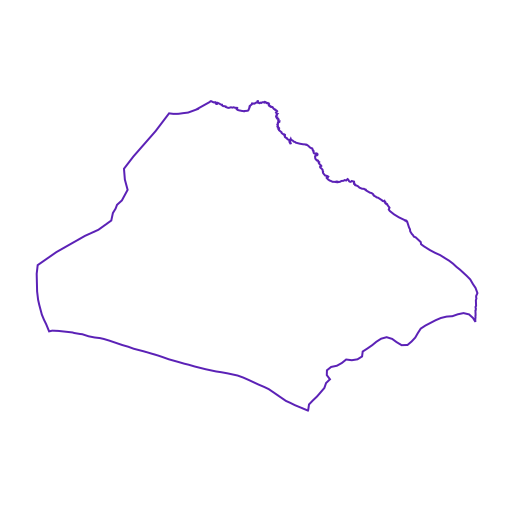 the district of Brum Mayf'ah, Hadramawt, Yemen, rotated 268°
{"feature_id": "15242507B1280575170074", "entity_name": "Brum Mayf'ah", "entity_type": "district", "adm_level": 2, "iso_a3": "YEM", "parent_name": "Yemen", "parent_adm1": "Hadramawt", "projection": "natural_earth1", "projection_center": [48.863, 14.347], "detail": "fine", "context": "isolated", "style": "outline", "palette": "violet", "viewbox_px": 512, "rotation_deg": 268, "n_neighbors": 0, "source": "geoboundaries", "source_scale": "gbopen_adm2", "svg_char_len": 6107}
<svg xmlns="http://www.w3.org/2000/svg" viewBox="0 0 512 512"><g transform="rotate(268 256 256)"><path d="M99.7,302.5L100.3,302.8L105.8,303.8L109.6,307.7L113.5,312.1L121.7,319.7L126.6,321.6L130.2,325.6L134.5,322.6L139.3,322.9L142.5,327.2L143.5,333.0L146.1,338.1L149.4,342.5L148.5,348.1L149.2,353.8L151.9,358.5L156.8,359.3L159.6,364.0L162.8,369.0L166.1,373.3L169.0,378.2L170.3,383.7L168.4,389.2L165.0,393.5L161.8,398.4L161.8,404.3L165.1,408.5L168.9,412.3L173.4,415.1L177.7,418.1L180.6,422.9L185.6,433.4L187.6,438.6L188.8,444.4L189.0,450.2L190.7,455.6L191.7,461.4L190.2,466.9L186.5,470.7L182.5,473.0L183.8,472.9L185.7,473.0L186.6,473.2L188.6,473.2L189.1,473.4L193.9,473.4L194.2,473.7L195.8,473.9L196.3,473.7L197.4,473.6L198.5,474.2L204.1,474.2L205.9,474.8L206.7,474.6L208.3,474.6L211.2,476.0L216.4,474.3L220.4,471.8L225.1,469.3L229.0,465.7L235.3,459.3L238.1,456.0L241.5,452.6L244.6,448.8L246.9,445.3L250.5,440.0L252.9,435.1L255.9,429.9L259.7,424.3L262.0,421.4L264.2,421.1L269.1,416.2L269.8,414.5L271.5,413.5L272.6,412.5L275.2,411.0L277.3,410.8L279.3,409.9L285.3,408.2L285.4,407.5L285.7,407.3L286.1,407.3L286.4,407.0L286.1,406.4L286.4,405.9L286.7,405.8L289.7,400.1L292.8,395.4L296.3,391.3L297.8,390.3L299.6,391.1L303.0,388.7L303.2,388.9L303.5,388.7L303.6,387.7L304.5,386.9L305.0,386.8L305.3,387.2L305.6,387.0L306.0,386.5L306.6,386.3L306.2,385.7L306.6,384.4L307.0,384.3L310.0,380.0L310.4,378.5L311.2,377.7L312.0,376.1L312.5,376.0L313.0,375.3L313.7,375.2L314.2,374.5L314.6,374.1L314.9,373.6L315.3,372.1L317.7,368.3L318.1,367.9L318.5,368.0L318.8,367.3L318.8,366.9L319.4,366.2L319.5,364.4L320.7,361.8L322.1,360.4L322.6,359.6L323.3,357.6L324.0,357.7L324.3,357.4L324.6,356.5L325.9,356.4L326.2,356.7L326.9,356.6L327.6,354.3L327.2,353.9L326.8,353.1L327.0,352.3L327.4,351.7L329.2,350.8L329.7,350.2L328.3,348.7L328.8,347.4L328.1,346.0L328.0,344.0L327.2,342.5L326.9,340.2L327.5,340.1L327.6,339.2L327.6,338.7L327.4,338.5L327.1,338.4L327.3,337.7L327.5,335.1L328.5,333.2L328.8,332.3L330.0,330.7L331.6,329.3L332.2,329.5L332.9,329.9L332.5,330.8L332.8,331.0L333.3,330.3L333.7,329.3L334.0,327.9L334.9,327.2L335.6,326.6L336.9,325.8L338.1,326.0L338.6,325.6L339.7,325.6L340.1,325.4L341.0,324.6L342.0,323.5L342.8,323.1L343.1,323.3L343.3,323.9L343.7,324.4L344.7,323.7L345.4,322.9L346.2,322.3L347.0,321.9L347.6,322.4L348.0,321.8L349.1,321.4L349.1,320.5L349.4,320.2L349.9,320.1L350.3,319.2L351.6,318.6L353.5,318.5L353.8,318.8L354.2,318.9L354.6,319.6L354.4,320.2L354.6,320.6L355.0,321.0L355.3,320.8L355.9,320.9L356.4,320.3L356.5,319.8L356.3,318.1L356.6,317.6L357.2,317.2L358.2,317.1L358.7,316.9L359.0,316.8L359.1,317.1L359.5,316.9L359.6,316.5L360.0,316.3L360.8,316.2L361.5,316.0L361.8,315.5L361.8,315.0L362.7,313.6L364.2,312.2L365.5,310.5L365.3,310.2L365.5,309.5L365.8,309.1L366.0,307.0L366.7,303.7L367.9,299.7L368.5,299.1L369.0,297.7L369.8,297.0L370.7,295.6L370.9,295.1L371.8,294.8L370.6,294.2L370.0,294.1L368.7,294.2L367.4,294.6L367.3,294.2L368.2,293.7L368.9,293.4L370.1,293.4L370.8,293.5L371.1,292.5L371.7,291.4L372.8,290.9L373.1,290.0L373.9,289.1L374.5,289.2L375.0,288.8L375.2,289.1L376.1,289.2L376.6,288.5L376.5,288.1L376.7,287.6L377.5,286.5L378.1,285.9L378.8,285.8L380.9,283.4L381.3,283.3L381.7,283.4L381.9,282.9L382.5,283.0L382.7,282.9L382.8,283.1L383.3,282.6L383.5,282.9L383.7,282.6L383.7,282.3L383.9,282.3L384.0,282.6L384.8,282.6L385.3,282.4L385.3,282.1L386.2,282.4L386.5,282.0L386.8,281.9L387.3,282.5L387.7,282.6L388.2,282.5L388.6,283.0L388.8,282.9L388.9,283.1L388.9,283.4L389.2,283.7L389.2,284.0L389.6,284.1L389.5,283.5L389.8,283.0L390.6,282.9L391.4,283.4L392.1,283.2L392.3,282.9L392.2,282.6L392.5,282.1L392.8,282.2L393.1,282.2L392.9,281.8L393.0,281.7L393.7,281.3L394.1,281.4L394.2,281.1L394.8,280.9L395.2,281.0L396.2,281.9L396.6,281.8L397.1,282.2L397.1,281.6L397.4,281.4L398.5,281.5L398.8,281.1L400.0,282.2L400.4,281.9L400.9,281.0L401.6,280.6L401.7,280.4L401.5,280.1L402.2,279.4L402.4,278.9L402.7,278.8L403.2,278.3L404.3,277.7L404.5,276.9L404.3,276.4L404.6,275.9L404.9,275.9L405.0,275.4L405.4,275.3L405.6,274.4L406.3,274.1L406.9,274.3L407.0,273.9L407.9,274.1L408.0,273.7L408.6,273.2L408.6,272.8L408.5,272.6L408.4,272.5L408.4,271.9L408.8,271.6L409.0,271.3L409.1,270.9L409.5,270.9L409.6,270.4L409.8,270.1L409.7,269.8L409.1,269.6L409.4,268.6L409.4,267.6L408.8,266.7L408.7,266.4L409.1,265.9L408.9,265.1L408.6,264.7L408.8,264.3L409.0,264.3L409.5,263.6L410.1,263.3L410.7,263.3L410.7,263.1L410.4,263.1L409.8,262.7L409.5,262.1L409.4,262.1L409.5,261.8L409.0,261.0L408.9,260.7L408.3,259.9L408.4,259.3L408.5,259.2L408.3,258.4L408.3,257.8L408.6,257.7L408.6,257.3L407.6,257.0L406.1,254.9L405.7,254.8L405.3,255.0L405.0,254.6L403.5,254.3L403.3,254.1L401.8,253.4L401.6,253.1L401.4,252.2L401.3,249.5L401.0,249.1L401.2,248.8L401.5,246.8L401.8,245.7L402.1,244.3L402.6,242.8L403.3,241.9L403.6,241.7L403.8,241.8L404.3,242.4L404.6,242.5L404.7,242.4L404.9,240.1L405.2,239.4L405.4,238.7L405.1,237.7L405.5,236.1L405.0,234.1L405.0,233.4L405.7,231.6L405.9,231.3L406.4,231.0L406.3,230.8L406.5,230.7L406.9,229.3L406.9,228.5L407.5,227.6L407.8,227.3L408.3,227.3L408.3,227.0L408.8,225.8L409.3,225.1L410.4,223.1L409.6,222.5L409.6,222.4L409.3,222.3L409.3,221.8L409.4,221.5L409.7,221.4L410.5,221.7L410.9,220.7L411.1,220.7L411.1,220.3L410.8,220.3L410.8,219.8L411.0,219.1L411.2,218.9L411.3,218.3L411.6,217.7L412.2,217.0L412.3,216.0L411.5,215.1L404.7,201.8L404.6,202.0L401.7,193.1L401.3,188.1L400.8,183.5L400.9,178.5L401.6,174.1L384.3,160.0L359.8,137.0L347.8,127.1L337.0,127.6L326.6,130.0L316.2,123.9L312.0,118.9L308.2,117.3L304.0,114.5L296.5,112.6L287.7,99.4L282.1,85.8L266.9,56.7L254.5,37.5L245.9,36.2L228.2,36.0L219.9,36.7L215.1,37.6L205.0,39.9L199.9,41.8L195.2,43.9L187.9,46.6L188.5,49.8L188.0,56.1L186.0,69.9L185.4,71.6L184.2,77.4L183.9,79.6L181.6,85.9L180.2,91.9L179.4,97.2L178.4,101.0L176.5,106.6L171.7,119.2L169.8,125.1L167.6,130.5L164.7,140.3L160.0,154.5L158.3,159.0L155.8,165.3L152.5,175.7L150.9,180.5L149.7,184.9L147.7,190.9L144.6,201.7L142.0,212.1L141.1,217.1L139.7,223.5L137.2,233.4L135.0,238.9L132.4,244.3L127.5,253.9L124.8,259.7L122.5,264.1L110.1,280.9L108.1,285.0L105.6,289.6L99.7,302.5Z" fill="none" stroke="#5b21b6" stroke-width="2"/></g></svg>